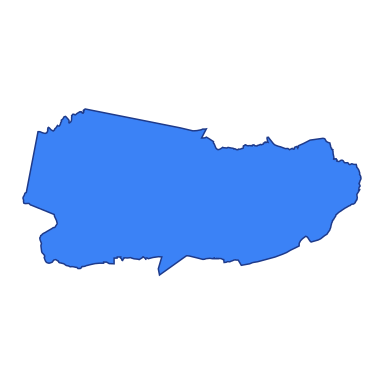 outline of Tzintzuntzan, Michoacán, Mexico
{"feature_id": "50627088B10227189908038", "entity_name": "Tzintzuntzan", "entity_type": "district", "adm_level": 2, "iso_a3": "MEX", "parent_name": "Mexico", "parent_adm1": "Michoacán", "projection": "albers", "projection_center": [-101.539, 19.611], "detail": "fine", "context": "isolated", "style": "filled", "palette": "blue", "viewbox_px": 384, "rotation_deg": 0, "n_neighbors": 0, "source": "geoboundaries", "source_scale": "gbopen_adm2", "svg_char_len": 5916}
<svg xmlns="http://www.w3.org/2000/svg" viewBox="0 0 384 384"><path d="M299.1,246.0L299.2,243.3L300.5,240.8L302.5,238.7L305.7,236.3L306.8,236.7L307.7,237.5L309.9,240.9L311.1,242.0L318.1,240.0L320.6,238.8L324.8,235.5L326.8,234.3L327.3,233.8L327.6,233.1L329.8,230.0L330.1,228.8L330.6,227.8L331.1,225.2L331.3,224.7L331.6,223.3L331.9,222.5L332.4,221.7L332.4,220.8L332.8,220.1L333.4,219.9L334.0,218.6L335.6,216.2L336.0,214.8L337.7,213.4L338.4,212.6L344.9,208.2L346.6,207.3L349.1,205.8L350.0,205.6L350.8,204.8L352.1,204.1L353.2,204.1L353.9,203.8L355.2,202.7L355.4,202.3L355.5,201.4L356.3,200.8L356.5,199.9L356.9,199.8L357.0,199.7L356.9,199.1L357.3,197.9L356.8,194.5L359.5,190.1L359.6,189.8L358.7,190.0L358.9,189.1L359.0,187.8L359.3,187.0L360.0,186.3L360.0,186.0L360.0,185.5L359.1,183.8L359.0,183.5L359.2,183.3L359.3,182.9L359.5,182.8L359.5,182.2L359.8,181.8L360.0,180.9L360.8,179.3L361.0,178.0L360.6,177.4L360.8,177.0L360.7,176.4L360.1,175.1L359.6,174.6L359.7,172.9L358.8,170.1L357.7,168.3L356.7,167.2L356.7,166.4L356.2,164.4L353.7,164.4L352.4,163.9L351.6,163.8L350.0,164.6L349.6,164.6L349.0,164.3L348.2,163.1L347.6,162.7L344.9,162.8L344.4,162.6L343.2,160.8L342.5,160.3L341.8,160.2L341.1,160.2L339.1,161.5L337.9,161.4L336.8,161.0L337.1,160.1L336.5,159.9L336.3,158.9L334.7,158.8L334.2,158.9L334.0,159.3L333.6,159.1L333.9,157.4L333.1,153.5L333.0,151.4L332.7,150.6L332.7,150.2L332.9,149.9L332.9,149.7L332.0,149.6L331.6,149.2L331.7,148.3L331.0,147.8L330.5,146.0L330.5,145.3L330.1,144.3L329.9,143.0L327.8,142.3L326.2,141.3L326.0,140.8L324.7,138.7L323.0,138.3L310.1,140.1L303.7,143.4L298.3,145.8L298.1,147.0L298.3,147.1L298.2,147.3L297.9,147.3L297.7,148.1L296.7,146.5L294.8,147.2L294.6,147.4L294.3,147.9L294.4,148.2L294.4,148.8L293.8,149.2L293.0,148.9L292.7,148.9L292.2,148.6L292.1,148.4L289.5,149.7L287.9,148.5L285.3,148.6L280.5,146.8L278.4,146.3L276.0,145.4L274.5,144.7L273.1,143.3L268.8,137.9L268.5,137.3L267.2,137.4L267.0,138.3L267.6,141.5L268.0,142.3L266.9,142.0L266.4,142.5L265.8,142.4L265.4,142.0L265.1,142.0L265.1,142.6L263.5,143.1L263.4,143.8L263.2,144.1L261.2,144.8L261.1,144.6L260.3,144.4L258.9,145.2L258.7,145.1L257.4,145.5L257.0,146.0L255.2,145.8L254.5,145.6L253.9,144.8L253.4,145.0L252.9,145.0L252.4,145.1L252.3,145.8L252.0,145.9L251.2,145.7L250.6,145.8L250.4,145.6L248.9,145.6L248.4,145.8L247.4,145.7L246.1,145.3L245.8,144.8L245.1,144.8L244.5,145.5L244.1,145.8L243.5,145.8L243.3,146.1L243.3,147.0L243.1,148.2L242.2,148.5L241.7,148.5L240.2,149.2L238.4,149.1L238.0,149.7L236.9,149.7L236.1,149.5L235.9,149.2L234.7,148.7L234.3,148.9L233.7,148.9L233.4,148.4L232.7,148.2L231.7,148.1L228.0,147.4L226.9,148.0L223.4,147.7L222.8,147.3L220.6,148.8L219.6,149.3L218.0,149.7L216.8,149.0L216.0,148.1L215.7,147.6L214.2,143.9L213.4,143.0L213.5,141.6L208.6,138.4L206.3,137.1L205.1,137.8L203.1,138.0L201.6,138.0L206.3,128.9L205.2,129.1L202.7,129.1L201.1,129.8L197.0,130.6L194.2,130.8L192.7,130.8L180.0,127.8L148.9,121.6L85.3,109.0L84.8,109.2L83.8,110.0L84.1,110.1L84.2,110.3L84.1,110.6L83.7,110.6L83.7,110.8L83.4,111.0L83.4,111.3L83.6,111.5L83.7,112.3L83.3,112.6L83.1,113.2L82.7,113.2L82.5,112.9L82.0,112.8L81.8,112.6L81.8,112.2L81.5,111.9L81.2,111.7L80.6,111.7L80.4,111.8L79.9,111.8L79.9,112.1L79.3,112.1L78.6,112.5L76.8,113.6L75.5,114.8L74.9,114.8L74.1,114.3L73.3,114.2L72.6,114.4L72.4,114.9L71.6,115.7L71.8,116.3L71.6,117.1L71.6,119.3L71.5,120.1L71.1,121.3L70.5,122.1L69.5,122.9L68.9,122.7L69.1,120.9L68.7,119.8L65.9,116.7L65.5,116.4L64.1,116.8L62.8,119.0L61.3,120.2L61.5,121.3L60.7,122.7L60.4,124.2L59.3,126.0L57.6,125.9L57.4,125.6L55.9,127.9L54.9,128.7L54.3,129.8L54.4,130.0L53.9,130.5L53.2,131.0L51.0,129.8L49.4,128.0L48.5,127.4L47.8,128.1L47.9,129.2L47.6,129.9L47.8,130.1L47.8,130.5L47.6,131.4L47.3,131.9L47.1,132.0L46.8,132.8L46.3,132.8L46.0,133.2L45.2,133.4L44.0,133.2L41.7,132.5L40.5,131.9L39.0,131.6L38.0,131.7L26.3,192.5L25.2,193.0L24.8,193.6L24.3,195.2L23.1,197.3L23.0,198.4L23.6,200.2L23.5,201.3L23.7,202.7L23.8,203.1L24.4,203.4L25.5,203.6L28.2,203.4L29.1,203.5L30.5,205.0L30.9,205.0L54.2,214.5L54.5,216.3L56.5,220.6L56.9,222.3L57.2,223.1L57.1,223.9L54.8,227.4L54.6,227.5L53.3,227.6L51.7,228.7L50.4,229.4L50.1,229.6L46.1,231.9L45.5,232.4L44.5,232.8L43.1,233.6L42.3,234.2L41.7,235.0L40.7,235.6L40.5,236.7L39.9,237.6L39.8,238.2L40.1,239.9L41.4,243.3L41.4,243.9L41.0,245.0L40.9,245.8L41.6,251.3L41.9,252.3L42.5,253.2L43.4,254.0L43.8,254.7L44.1,254.8L44.5,255.3L44.7,256.3L44.6,257.1L44.2,257.3L44.3,258.0L45.4,260.9L46.3,262.2L47.1,262.7L48.4,263.1L49.7,263.1L51.4,262.5L52.3,262.1L53.5,260.4L54.1,259.9L55.8,259.6L57.2,260.5L57.6,260.9L58.3,261.0L58.9,262.4L60.0,262.9L61.1,263.0L62.2,263.4L63.1,263.5L64.2,264.0L66.1,265.4L67.1,265.7L68.5,265.9L69.7,266.6L70.7,266.8L71.8,266.6L73.1,266.7L75.8,267.3L76.9,267.4L77.7,268.3L78.1,268.6L79.2,268.4L79.7,268.6L80.3,268.5L81.0,268.0L81.5,267.6L81.9,266.6L82.2,266.5L83.8,266.5L85.1,266.2L86.6,265.5L87.0,265.5L90.5,264.6L95.0,263.6L99.5,263.2L103.6,263.2L103.6,262.1L106.6,262.1L109.2,263.6L114.1,263.8L114.1,258.1L117.1,258.1L117.2,257.0L120.7,257.0L120.4,257.8L121.7,259.1L121.8,260.0L122.3,260.4L122.6,260.5L123.2,259.2L124.0,258.4L124.0,257.9L125.1,257.8L127.3,258.0L130.7,257.6L131.4,258.0L134.0,258.8L137.9,259.2L139.2,259.6L142.4,257.6L142.7,257.4L142.7,257.0L143.3,256.8L145.4,258.6L145.7,259.3L145.8,259.3L145.8,258.2L146.9,257.9L148.2,258.7L147.9,258.8L152.9,257.5L158.5,256.7L161.8,256.9L158.3,268.8L159.5,275.0L184.0,257.5L186.5,255.8L186.8,255.7L189.3,256.0L197.1,257.9L202.9,259.4L204.7,259.2L205.9,258.7L209.9,258.3L212.4,258.7L213.3,258.7L213.4,258.3L214.3,258.0L214.4,258.7L216.4,258.7L215.9,258.4L221.3,258.6L222.5,259.4L223.7,259.6L224.1,262.5L226.0,262.3L227.6,261.6L229.7,261.8L230.3,261.6L230.7,261.3L232.6,260.7L233.8,260.1L235.5,259.8L236.0,260.1L236.9,260.0L238.3,260.2L241.3,265.3L249.7,263.8L252.3,262.7L253.6,262.4L257.8,261.7L275.1,257.0L282.6,254.2L286.6,252.5L290.5,250.2L299.1,246.0Z" fill="#3b82f6" stroke="#1e3a8a" stroke-width="1.5"/></svg>